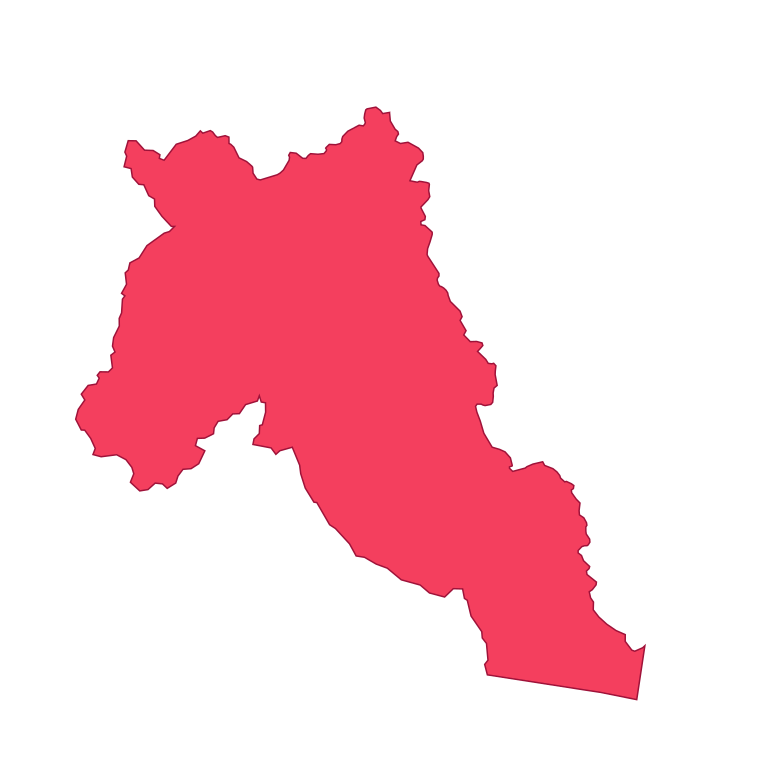 Lemhi, Idaho, United States of America (Robinson projection), rotated 9°
{"feature_id": "52423323B85740056665461", "entity_name": "Lemhi", "entity_type": "district", "adm_level": 2, "iso_a3": "USA", "parent_name": "United States of America", "parent_adm1": "Idaho", "projection": "robinson", "projection_center": [-113.907, 44.967], "detail": "fine", "context": "isolated", "style": "filled", "palette": "rose", "viewbox_px": 768, "rotation_deg": 9, "n_neighbors": 0, "source": "geoboundaries", "source_scale": "gbopen_adm2", "svg_char_len": 4141}
<svg xmlns="http://www.w3.org/2000/svg" viewBox="0 0 768 768"><g transform="rotate(9 384 384)"><path d="M531.6,655.1L628.8,654.8L645.2,654.7L683.0,656.2L682.6,601.7L680.8,604.0L673.5,608.7L670.4,608.1L662.5,600.5L661.5,593.8L651.7,591.2L641.6,586.4L632.6,580.5L626.0,574.3L625.0,566.6L621.5,562.9L619.2,557.1L621.9,554.6L624.9,549.2L624.8,546.4L614.3,540.4L613.2,537.1L615.4,534.3L615.7,532.1L608.7,527.3L605.9,522.5L602.2,520.5L601.8,518.1L604.8,513.7L607.3,512.4L609.9,511.9L610.8,511.0L612.1,508.0L611.4,505.1L607.2,500.5L606.4,497.9L605.7,493.7L606.5,491.8L605.7,489.3L602.3,484.9L597.5,482.7L596.5,478.5L596.2,470.9L591.8,467.6L586.4,462.1L585.6,459.4L587.4,457.7L587.4,454.6L584.7,453.2L579.4,451.7L577.8,452.4L573.1,449.3L571.9,446.9L568.6,443.8L564.1,441.2L555.4,439.3L552.9,436.0L543.6,439.8L538.1,443.3L536.7,444.9L524.8,450.2L521.1,447.6L520.9,446.2L523.3,445.0L523.4,444.3L520.4,437.2L514.2,432.1L508.4,430.5L500.7,429.5L490.3,417.0L484.9,405.6L480.1,397.2L477.9,391.7L479.1,389.3L483.2,388.7L485.0,389.3L487.2,389.5L492.7,387.5L494.2,385.1L493.9,379.1L493.2,375.9L493.3,370.8L496.0,367.7L492.3,357.3L491.9,353.8L491.7,348.5L489.1,346.4L487.3,347.2L483.7,347.3L480.7,343.8L471.3,337.2L473.6,333.8L475.6,330.5L474.4,328.1L468.8,327.5L462.6,328.7L455.1,323.1L456.7,318.5L449.2,309.3L450.6,305.3L447.7,300.1L436.6,292.1L433.5,286.5L432.7,284.1L430.6,281.7L428.0,279.9L425.4,278.8L424.2,278.8L422.3,277.2L420.2,273.0L420.3,270.9L421.4,268.8L421.0,266.2L407.2,250.9L406.3,249.3L405.9,243.5L407.2,236.5L408.2,229.0L408.0,227.1L407.6,226.3L399.7,221.1L395.7,221.0L394.9,217.8L398.7,215.3L398.6,212.0L393.1,204.5L392.8,203.4L398.6,195.0L399.9,191.8L397.9,186.1L397.6,179.8L397.0,178.7L394.5,178.3L389.1,178.2L387.2,178.3L385.4,179.5L377.8,179.2L382.2,162.5L386.9,157.5L387.6,155.7L387.2,152.9L386.1,149.4L381.2,145.6L369.9,141.5L362.6,143.9L357.0,142.1L357.8,137.7L359.2,134.9L358.2,132.5L355.1,130.6L349.1,123.3L347.0,115.0L347.0,114.9L340.4,117.1L337.7,114.4L332.7,111.8L324.2,114.9L323.1,116.1L322.7,120.4L322.8,124.4L324.7,128.8L324.3,130.4L323.2,132.3L318.9,132.3L308.7,140.0L304.5,146.0L304.1,148.7L304.4,151.3L303.1,153.4L299.0,155.2L292.5,155.9L289.8,159.5L289.5,160.2L290.6,161.5L290.5,162.8L288.7,165.8L282.9,167.4L275.4,168.0L273.5,170.1L271.6,173.4L268.4,173.8L261.2,169.8L255.2,170.0L254.1,173.0L255.2,174.7L255.3,177.9L251.2,188.4L248.4,191.9L245.9,194.0L229.9,201.8L226.4,201.5L221.7,196.3L220.3,190.4L219.4,189.5L213.5,185.8L205.4,183.3L198.6,173.6L195.1,171.2L193.3,170.7L192.2,164.4L188.3,163.6L181.0,166.5L178.6,165.1L175.3,161.9L172.8,160.9L165.8,164.6L163.0,162.7L159.3,168.6L152.1,174.2L141.3,179.7L131.8,197.4L126.8,196.3L126.8,192.6L119.5,189.5L110.9,190.5L101.1,182.6L93.3,183.7L91.8,195.5L94.2,199.2L93.3,210.1L100.5,210.8L103.1,219.0L110.6,225.1L115.6,224.8L122.2,234.8L128.4,237.2L129.8,244.4L138.4,253.1L149.3,261.6L152.5,261.1L148.2,267.0L143.3,269.4L128.2,284.4L122.4,297.8L114.1,304.1L113.6,311.4L111.0,314.7L114.1,325.8L110.6,335.5L114.3,337.5L112.4,341.1L113.7,354.8L112.2,360.6L113.5,368.2L109.7,380.4L109.9,389.1L113.3,394.5L109.7,398.3L113.3,410.6L109.9,415.2L101.6,416.4L99.4,420.3L101.8,422.7L100.0,429.0L92.0,431.7L86.6,441.4L91.0,446.6L86.0,456.9L85.0,467.0L92.2,476.8L95.6,476.4L102.8,483.6L108.9,492.8L107.6,499.2L116.0,500.1L131.0,495.7L141.0,499.1L148.0,505.8L150.9,511.8L148.9,520.7L159.5,527.8L167.4,525.2L173.5,517.7L180.8,517.3L186.2,521.0L193.8,514.4L194.9,507.1L198.8,499.7L206.7,497.8L213.5,491.7L217.5,478.0L207.4,474.4L208.2,466.9L215.4,465.5L223.4,459.8L223.1,453.9L226.0,446.8L234.6,443.8L239.3,437.2L245.8,435.9L250.5,426.0L261.6,420.6L262.7,415.1L265.6,421.0L269.9,421.1L271.5,430.4L270.2,443.3L267.7,444.5L268.6,452.5L264.2,458.5L264.0,464.2L282.5,464.8L288.2,470.4L291.6,466.2L303.3,460.8L313.4,477.4L315.8,485.7L322.5,499.1L333.3,511.7L336.2,511.6L352.3,531.5L358.6,534.3L375.0,547.3L383.4,558.2L391.8,558.2L404.5,563.1L416.1,565.4L431.7,574.7L451.2,576.9L461.6,583.3L477.2,584.9L484.5,575.3L493.7,574.1L497.0,583.2L500.1,584.6L506.3,599.6L519.3,613.3L520.8,619.5L525.8,624.2L529.9,640.5L527.3,645.2L531.6,655.1Z" fill="#f43f5e" stroke="#9f1239" stroke-width="1.5"/></g></svg>